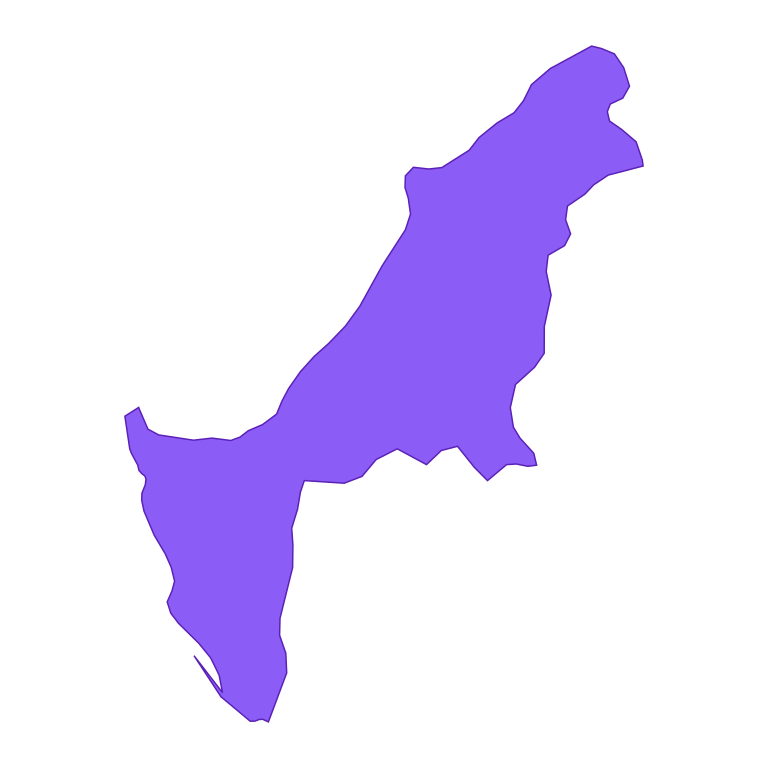 Kaohsiung City, Robinson projection
{"feature_id": "TWN-1156", "entity_name": "Kaohsiung City", "entity_type": "Special Municipality", "adm_level": 1, "iso_a3": "TWN", "parent_name": "Taiwan", "parent_adm1": "", "projection": "robinson", "projection_center": [120.587, 22.979], "detail": "fine", "context": "isolated", "style": "filled", "palette": "violet", "viewbox_px": 768, "rotation_deg": 0, "n_neighbors": 0, "source": "natural_earth", "source_scale": "10m", "svg_char_len": 1587}
<svg xmlns="http://www.w3.org/2000/svg" viewBox="0 0 768 768"><path d="M268.4,721.9L262.7,719.3L259.1,719.5L255.0,721.1L250.2,721.2L221.0,696.8L194.0,655.7L222.5,692.6L219.1,675.1L214.4,665.4L210.6,657.8L198.8,643.3L178.6,623.4L170.8,613.2L167.2,601.9L172.0,590.9L174.6,581.1L171.2,567.3L165.2,553.7L154.3,535.4L144.0,511.1L141.7,500.3L141.9,493.3L145.3,484.7L146.0,479.0L144.8,475.9L141.9,473.7L139.0,470.5L137.7,465.0L131.4,453.3L129.7,448.7L124.9,416.2L138.7,407.4L139.0,408.4L147.9,429.1L158.6,434.9L193.5,440.2L212.0,438.1L230.8,440.5L240.2,437.0L248.1,430.8L262.5,424.6L276.6,414.1L282.0,401.0L288.7,388.4L300.4,371.7L314.2,356.4L328.6,343.5L345.3,326.2L359.7,306.4L382.1,265.9L405.4,229.8L410.5,214.1L408.3,198.3L405.0,187.5L405.4,175.8L413.4,167.3L428.7,169.0L441.8,167.6L469.2,150.2L479.1,137.5L497.0,123.0L514.1,112.7L523.5,100.7L531.5,84.6L550.3,68.5L591.6,46.1L601.4,48.5L614.4,53.9L623.7,67.7L625.2,72.4L629.5,86.2L622.8,98.1L610.3,104.0L607.3,111.6L609.5,121.0L621.8,129.6L636.1,141.8L642.3,160.0L643.1,166.0L608.2,175.1L593.7,184.8L584.9,194.1L567.5,206.0L565.6,219.7L570.6,233.9L564.6,245.6L548.1,255.2L546.2,271.5L551.1,295.1L544.3,326.5L544.2,353.3L534.6,367.2L515.5,384.5L510.3,407.7L513.4,427.2L520.0,438.1L533.8,453.3L536.6,465.2L527.9,466.3L516.2,464.0L506.6,464.6L487.5,480.6L474.4,467.4L457.5,446.3L441.3,450.5L426.5,464.6L397.2,448.8L376.2,459.5L362.0,476.4L344.2,483.2L304.3,480.6L300.4,492.2L297.5,509.4L291.7,528.2L292.9,545.0L292.6,567.6L280.0,618.3L279.6,635.3L285.8,653.2L286.7,672.9L268.4,721.9Z" fill="#8b5cf6" stroke="#5b21b6" stroke-width="1.5"/></svg>